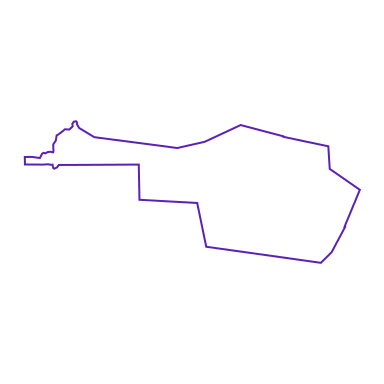 outline of Atbara, River Nile, Sudan, rotated 181°
{"feature_id": "16777658B19107068109893", "entity_name": "Atbara", "entity_type": "district", "adm_level": 2, "iso_a3": "SDN", "parent_name": "Sudan", "parent_adm1": "River Nile", "projection": "albers", "projection_center": [33.305, 17.884], "detail": "fine", "context": "isolated", "style": "outline", "palette": "violet", "viewbox_px": 384, "rotation_deg": 181, "n_neighbors": 0, "source": "geoboundaries", "source_scale": "gbopen_adm2", "svg_char_len": 1322}
<svg xmlns="http://www.w3.org/2000/svg" viewBox="0 0 384 384"><g transform="rotate(181 192 192)"><path d="M359.8,224.1L359.5,216.6L341.5,216.8L337.6,217.1L336.4,217.3L335.5,217.0L334.8,217.0L333.3,216.7L331.9,216.9L331.6,215.4L331.1,213.5L330.1,212.9L327.3,214.3L325.6,216.7L302.1,217.2L245.7,218.5L244.4,183.3L186.6,181.1L176.8,137.5L86.9,126.5L64.1,123.7L62.0,123.4L59.0,126.4L51.3,134.3L48.3,140.2L48.0,140.8L46.1,144.6L45.6,145.4L44.1,148.4L42.0,152.5L38.4,159.6L38.3,159.8L38.7,160.0L38.8,160.0L37.3,164.0L35.7,167.9L34.2,171.7L31.2,179.4L30.3,181.8L29.4,183.8L27.9,187.7L26.1,192.3L24.8,195.6L24.3,196.9L24.2,197.1L26.6,198.7L54.7,217.5L56.5,240.1L57.2,240.2L65.9,241.9L81.2,244.8L101.7,248.8L101.7,249.3L144.5,259.8L180.2,242.4L207.6,235.7L220.2,237.2L290.6,245.1L305.9,254.0L308.1,257.5L308.1,258.5L308.3,259.8L309.2,260.7L311.5,260.2L311.9,259.4L312.9,258.0L312.7,257.2L312.4,255.6L313.9,254.1L315.8,252.3L320.2,252.5L322.3,250.6L325.6,248.0L327.4,246.7L328.3,246.2L329.1,241.0L331.5,237.3L331.5,235.1L331.4,232.7L331.2,231.1L331.3,230.4L331.4,229.7L331.6,229.2L333.0,229.5L333.8,229.7L335.2,229.7L336.2,229.5L337.0,229.4L338.1,228.8L338.9,228.2L339.7,228.1L340.3,228.4L341.1,228.6L342.7,227.5L343.5,225.7L344.7,223.3L352.7,224.3L359.3,224.1L359.8,224.1Z" fill="none" stroke="#5b21b6" stroke-width="2"/></g></svg>